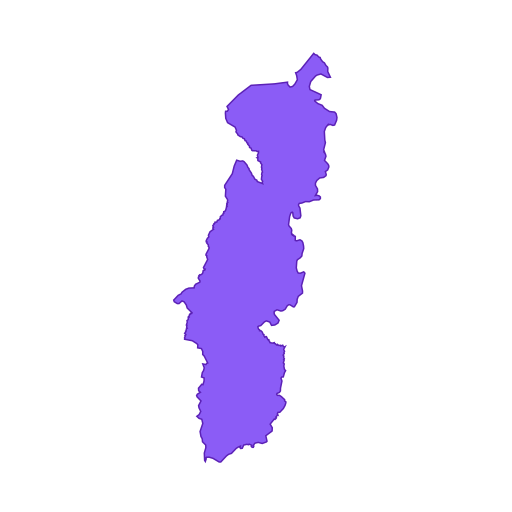 the district of Kumbungu, Northern, Ghana, rotated 22°
{"feature_id": "2480657B99246651758289", "entity_name": "Kumbungu", "entity_type": "district", "adm_level": 2, "iso_a3": "GHA", "parent_name": "Ghana", "parent_adm1": "Northern", "projection": "natural_earth1", "projection_center": [-1.057, 9.798], "detail": "fine", "context": "isolated", "style": "filled", "palette": "violet", "viewbox_px": 512, "rotation_deg": 22, "n_neighbors": 0, "source": "geoboundaries", "source_scale": "gbopen_adm2", "svg_char_len": 6111}
<svg xmlns="http://www.w3.org/2000/svg" viewBox="0 0 512 512"><g transform="rotate(22 256 256)"><path d="M204.1,260.4L204.5,261.5L205.4,261.4L205.6,262.5L207.6,263.5L208.2,265.0L209.2,265.5L209.6,266.7L209.0,273.1L209.3,274.0L210.3,274.2L210.6,275.2L212.5,277.3L211.6,286.4L212.7,287.4L213.8,287.2L213.8,288.2L212.5,289.4L213.0,291.7L212.6,293.1L211.7,294.3L210.9,294.4L210.4,295.7L210.9,296.2L210.5,297.2L210.8,298.2L213.5,300.2L213.7,301.4L210.6,304.8L210.1,307.0L210.6,308.7L205.8,310.9L203.3,313.2L201.0,317.3L200.7,319.2L198.6,321.6L196.2,327.7L197.3,329.0L200.8,329.6L202.4,329.0L204.2,325.4L206.5,325.4L209.7,327.5L211.7,330.0L218.0,332.6L217.9,333.3L217.0,333.6L217.1,334.4L216.4,334.6L216.3,335.7L216.7,336.4L216.1,337.4L216.8,337.8L216.2,338.4L217.0,340.3L216.2,341.7L217.1,343.2L217.3,346.1L217.9,346.1L218.4,348.1L219.3,348.7L218.7,349.6L219.3,351.8L218.9,352.1L219.3,352.7L218.8,354.4L220.3,355.0L220.0,356.4L220.4,356.4L220.4,358.8L221.1,359.3L221.1,359.9L228.7,358.4L233.9,359.4L235.3,360.1L236.3,363.0L240.1,362.3L242.4,364.5L243.5,367.3L245.5,368.2L251.3,373.3L250.5,374.1L250.2,375.4L247.1,376.0L249.9,379.1L250.3,381.9L249.9,384.2L250.8,388.6L253.6,388.5L254.7,391.5L255.0,395.2L253.8,395.2L252.2,400.1L253.3,402.4L255.5,403.2L253.4,406.1L253.2,407.6L254.2,408.7L259.3,411.0L258.8,416.2L260.0,418.1L263.0,420.8L262.7,424.3L261.2,426.8L264.0,427.9L266.9,427.7L269.4,431.2L269.9,439.7L272.6,444.0L274.6,445.6L276.0,448.3L280.2,450.1L281.3,452.5L281.9,458.1L284.9,464.7L286.0,465.5L285.8,462.8L285.2,461.8L285.4,461.2L287.8,460.1L291.9,459.7L299.0,460.8L300.5,460.2L303.5,452.4L304.9,450.1L307.2,448.2L309.7,441.8L311.2,439.7L312.7,438.2L312.9,439.7L314.0,440.2L315.3,439.4L315.4,435.9L318.1,434.0L319.7,433.8L320.1,433.0L322.8,433.1L323.0,434.4L324.2,434.8L325.2,434.4L325.2,433.1L324.5,432.6L325.0,430.2L325.7,429.5L327.9,428.0L332.0,427.5L335.3,424.5L335.6,423.6L332.4,419.0L336.5,412.2L335.4,409.1L332.1,406.6L334.0,400.3L334.8,400.4L335.4,399.1L335.5,398.3L334.7,398.0L335.5,395.7L335.2,394.8L335.6,394.9L334.9,394.1L334.9,392.8L336.6,392.0L338.5,387.2L338.9,383.7L338.7,381.1L338.4,380.1L336.8,379.6L336.4,378.5L332.3,376.9L329.9,376.4L328.1,377.2L327.1,376.7L326.9,375.6L328.8,373.8L329.2,372.0L328.2,369.3L326.9,362.2L324.9,359.9L325.2,358.6L326.6,357.9L326.1,353.5L326.4,351.2L324.9,350.5L323.0,347.6L322.6,345.5L321.4,344.9L321.1,342.0L320.4,341.6L320.8,340.7L319.7,339.8L319.3,338.3L318.6,338.2L318.3,337.5L318.7,335.8L318.1,335.2L318.2,333.7L316.6,332.2L316.9,329.2L316.5,329.7L315.4,329.7L314.2,328.7L312.7,330.1L312.2,329.6L310.7,330.4L309.2,330.0L309.3,330.5L308.3,330.8L307.0,330.1L305.6,330.2L305.4,329.5L303.9,330.6L301.4,331.1L300.4,329.9L299.5,329.7L299.2,328.8L298.3,329.1L295.9,326.9L295.4,326.9L294.6,328.0L293.1,326.9L292.8,325.9L291.9,325.9L290.3,324.2L288.7,323.5L287.3,323.9L287.0,323.1L285.8,322.9L284.2,321.0L284.4,320.3L286.5,318.7L288.5,313.9L289.9,312.3L293.5,312.1L296.4,314.5L299.3,312.9L301.5,309.9L301.5,306.9L295.0,303.3L294.1,302.0L293.7,300.5L295.6,298.0L299.7,297.7L301.3,296.7L303.0,294.4L303.6,290.5L304.6,288.9L305.8,288.5L309.7,289.2L310.6,288.7L311.4,283.7L310.4,280.8L310.3,277.6L313.0,273.0L312.3,271.1L309.3,266.5L307.8,253.6L306.2,252.8L303.5,255.4L301.5,256.0L299.7,254.5L297.8,251.9L295.7,245.4L295.8,243.9L297.7,241.1L298.5,238.8L297.8,236.4L297.5,231.3L296.4,229.0L294.4,226.0L292.9,224.8L290.7,224.5L288.0,226.7L286.6,226.9L285.1,223.1L282.8,223.3L284.1,222.7L282.1,223.1L280.9,222.5L280.4,221.8L281.7,222.7L283.2,222.7L281.0,222.1L280.1,221.1L279.5,218.7L278.4,217.3L275.1,215.6L274.4,214.6L272.4,206.8L272.2,203.0L273.1,201.8L273.9,202.1L275.4,205.0L277.2,206.4L280.6,205.9L282.6,204.1L282.5,201.9L278.8,195.1L276.8,193.6L276.2,192.5L276.4,191.0L278.7,189.7L281.5,187.0L285.1,185.7L288.4,182.5L293.4,180.3L294.2,178.7L293.6,177.2L292.0,176.6L289.9,176.8L288.4,177.7L289.0,173.2L287.9,170.8L284.7,168.3L283.8,166.1L284.1,163.2L285.8,159.8L289.3,157.8L290.8,155.3L290.6,154.2L288.7,151.7L290.2,149.4L290.2,146.1L289.4,144.7L287.9,143.6L283.7,141.7L283.5,137.3L282.2,135.5L280.0,134.2L279.6,133.2L281.4,134.8L278.9,132.1L277.9,124.9L276.4,122.8L272.7,114.9L272.5,110.8L273.6,107.1L273.9,107.5L275.4,106.2L278.4,106.1L279.8,105.1L279.9,100.0L279.2,97.3L277.0,94.1L275.0,93.1L270.0,94.5L264.1,93.4L260.9,91.5L256.2,91.5L252.4,90.3L252.1,89.7L252.5,89.2L255.8,87.6L256.5,86.7L256.7,85.6L256.0,82.1L243.7,81.5L241.9,78.8L241.4,73.7L243.8,66.8L244.9,65.3L248.0,62.9L255.4,63.7L258.0,62.4L253.4,58.1L252.2,54.8L251.4,53.9L249.5,53.2L247.1,51.3L245.0,50.9L242.2,49.2L241.1,47.9L239.6,48.0L237.4,46.9L235.3,47.2L233.6,46.5L227.7,66.1L225.4,70.3L224.1,71.2L226.2,73.6L228.3,77.1L227.6,82.1L226.4,85.1L224.3,86.6L221.8,85.5L220.6,84.4L220.1,83.0L208.6,89.5L187.5,99.6L179.3,113.3L173.1,128.2L175.6,130.4L175.2,132.5L173.6,133.2L174.1,135.0L176.4,139.7L179.7,143.0L188.3,144.3L190.8,146.8L190.9,148.4L193.3,149.8L193.7,150.5L196.8,151.2L198.3,150.8L199.9,151.8L201.3,151.6L202.6,153.1L203.4,152.9L205.5,154.6L206.2,154.5L206.5,155.5L208.7,156.5L209.4,157.8L211.1,157.9L212.4,159.5L213.2,159.7L216.8,158.4L218.0,158.7L219.1,158.0L219.7,159.5L219.5,162.0L220.8,163.6L220.1,164.5L221.0,164.6L222.0,166.8L225.1,167.1L225.3,167.9L227.2,169.1L227.8,171.7L228.5,172.2L228.7,173.4L230.6,175.8L230.3,176.5L230.7,178.4L231.6,179.2L231.5,179.9L232.3,182.9L234.2,184.2L234.2,185.6L235.0,186.4L229.3,186.5L228.4,185.4L226.2,185.2L223.6,183.0L222.4,182.8L220.6,180.8L217.2,178.5L216.8,177.6L215.3,176.9L213.5,175.0L209.6,173.0L208.1,172.8L205.8,174.1L202.2,174.4L202.1,180.8L203.2,188.6L200.5,202.2L201.3,204.3L203.0,205.4L205.2,212.0L208.4,214.3L208.9,215.1L209.2,216.9L209.7,217.0L209.3,218.3L209.9,218.6L210.1,219.4L209.7,219.5L210.1,221.0L210.6,221.1L210.3,221.7L210.7,224.5L210.4,226.3L209.5,227.0L210.1,228.4L209.6,228.8L209.9,230.4L209.1,231.0L208.2,233.0L208.9,234.8L208.4,235.1L208.5,235.8L207.6,237.0L206.9,237.3L206.9,239.3L205.3,240.0L205.5,241.0L204.9,241.8L205.2,242.1L204.6,244.0L205.8,245.2L205.4,245.5L205.7,246.6L206.6,247.1L204.3,250.7L204.1,254.6L205.1,256.0L204.3,257.8L204.1,260.4Z" fill="#8b5cf6" stroke="#5b21b6" stroke-width="1.5"/></g></svg>